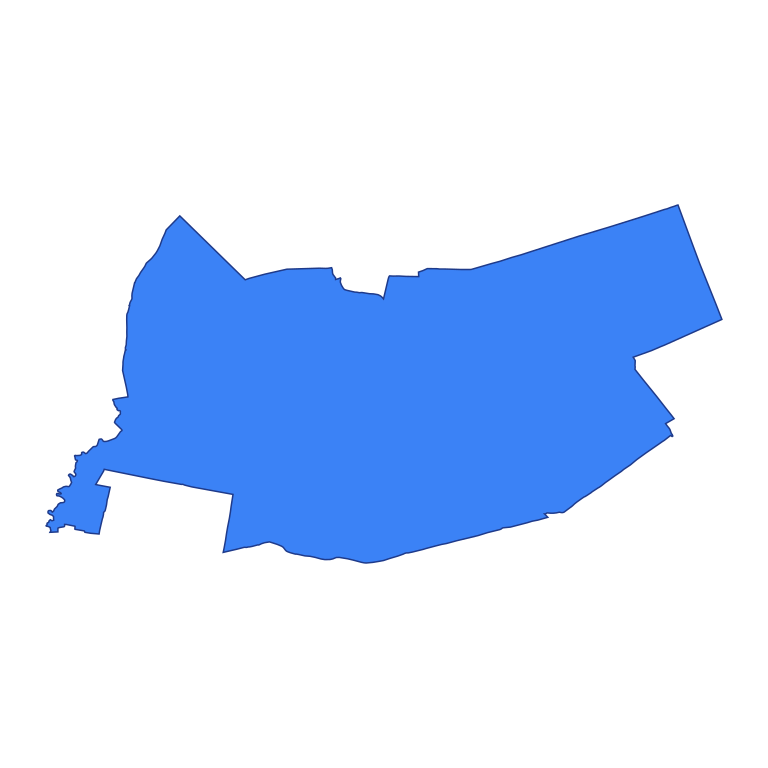 the district of Izvoarele, Olt, Romania
{"feature_id": "2599482B97268462440902", "entity_name": "Izvoarele", "entity_type": "district", "adm_level": 2, "iso_a3": "ROU", "parent_name": "Romania", "parent_adm1": "Olt", "projection": "natural_earth1", "projection_center": [24.528, 44.252], "detail": "fine", "context": "isolated", "style": "filled", "palette": "blue", "viewbox_px": 768, "rotation_deg": 0, "n_neighbors": 0, "source": "geoboundaries", "source_scale": "gbopen_adm2", "svg_char_len": 5922}
<svg xmlns="http://www.w3.org/2000/svg" viewBox="0 0 768 768"><path d="M547.8,517.3L544.5,513.9L545.6,513.8L547.1,512.9L550.6,513.2L553.2,513.2L556.2,512.9L559.4,512.2L561.4,512.6L562.7,512.6L564.0,512.2L572.4,505.9L574.5,503.9L576.6,502.2L582.2,498.2L584.3,496.8L584.8,496.7L586.8,495.5L590.9,492.8L592.1,491.8L597.9,488.0L599.2,487.3L601.4,485.8L605.5,482.5L608.5,480.4L615.0,475.7L621.3,471.4L623.7,469.4L630.4,464.9L636.9,459.5L646.3,452.7L658.5,444.3L662.2,441.7L664.4,440.3L670.5,435.5L672.1,436.5L672.8,436.0L672.3,434.8L671.9,434.1L671.4,433.6L669.9,429.4L669.1,428.2L667.0,425.6L665.6,423.6L674.1,418.7L671.5,415.3L666.4,408.9L656.8,396.6L643.1,379.7L635.3,369.8L635.0,369.4L635.2,366.9L635.0,365.8L635.2,361.4L635.2,360.6L634.9,360.0L633.2,357.2L651.5,350.6L660.8,346.6L664.3,345.2L721.9,319.4L716.2,304.8L699.6,263.4L692.0,243.0L678.0,205.0L676.8,205.3L674.2,206.3L670.7,207.4L667.1,208.8L664.3,209.5L644.4,216.0L608.1,227.4L579.4,236.0L531.9,251.3L521.1,254.8L511.9,257.4L499.9,261.3L491.7,263.5L471.4,269.4L470.2,269.5L461.1,269.5L444.2,269.0L439.6,269.0L436.8,268.7L427.3,268.6L422.9,270.6L418.5,272.1L418.7,276.6L405.9,276.4L398.7,276.0L393.2,276.1L389.6,275.9L389.2,276.3L388.7,277.3L388.1,279.4L383.5,298.9L381.8,297.0L380.6,296.0L378.3,294.8L377.6,294.6L373.6,293.9L369.4,293.7L361.9,292.5L359.4,292.7L356.8,292.2L354.8,292.1L346.8,290.3L344.6,289.6L343.9,289.0L342.9,287.7L341.5,285.3L340.4,282.5L340.3,280.9L340.6,279.9L340.8,278.6L340.3,277.9L339.0,278.5L335.6,279.5L335.5,277.7L335.0,277.2L332.9,274.3L332.5,272.7L332.3,269.7L331.6,267.7L327.8,268.3L325.7,268.4L319.3,268.2L286.8,269.2L264.7,274.2L249.1,278.4L245.2,279.8L179.8,215.9L166.2,229.9L164.9,233.4L162.2,239.2L159.9,245.8L157.2,251.0L155.8,253.2L152.0,258.0L150.7,259.3L146.5,263.0L146.0,263.8L144.9,266.2L143.8,267.9L140.6,272.4L138.9,275.5L136.5,278.7L135.5,281.0L134.9,282.7L134.6,282.7L132.1,293.3L131.9,295.9L132.0,298.4L131.8,299.2L130.1,302.4L129.9,303.2L129.5,304.8L129.1,305.6L129.6,305.8L129.2,307.3L128.6,309.7L127.9,312.1L127.0,314.0L126.8,315.4L126.7,319.6L126.9,327.5L126.8,332.0L126.9,336.4L126.4,340.9L126.2,344.9L125.4,347.5L125.4,349.9L125.9,350.0L125.7,350.3L125.2,350.7L124.4,354.3L123.9,356.1L123.5,358.8L123.2,360.5L123.0,362.1L123.0,364.2L122.6,370.5L126.3,387.1L127.6,393.9L127.8,395.2L127.9,396.9L118.5,398.3L112.9,399.5L112.9,400.4L113.8,401.7L114.2,404.0L114.5,404.8L116.1,407.3L117.2,408.3L117.0,408.8L117.0,409.3L117.1,409.7L118.4,410.7L119.2,410.6L119.8,410.7L120.3,411.1L120.4,411.4L120.3,412.4L120.4,413.8L120.2,414.3L118.7,415.6L118.0,417.1L117.5,417.6L116.6,418.1L116.2,418.6L115.4,419.9L114.9,421.3L114.5,422.2L115.1,423.2L121.3,429.2L122.0,430.1L121.9,430.6L120.5,431.6L116.8,436.8L115.7,437.9L114.4,438.6L108.3,440.9L106.4,441.4L104.7,441.5L103.6,441.4L103.2,441.1L102.3,439.8L101.8,439.3L101.4,439.0L100.8,439.0L99.2,439.3L99.0,439.7L97.6,444.1L97.3,445.0L96.7,445.8L95.6,446.5L93.6,446.6L93.0,446.9L92.5,447.4L88.6,451.2L87.3,452.8L86.7,453.3L85.8,453.6L85.4,453.5L84.0,452.4L83.3,452.1L82.5,452.2L81.9,452.4L81.6,452.8L81.6,453.4L81.7,453.9L81.4,454.6L80.8,455.0L79.7,455.4L76.3,455.6L75.6,455.4L74.9,455.5L74.6,455.8L74.7,456.5L75.0,457.1L75.1,458.2L75.5,459.8L76.1,460.1L77.2,460.3L77.4,460.5L77.2,461.4L77.0,461.8L76.0,462.7L75.5,465.3L75.4,466.7L75.6,468.1L75.2,469.0L74.6,470.2L74.1,471.4L74.3,472.1L75.6,473.7L75.8,474.3L75.8,475.0L75.1,476.2L74.2,476.6L73.4,476.6L72.9,475.6L70.5,474.1L70.0,474.1L69.4,474.2L68.6,475.0L68.5,475.3L68.7,475.7L69.6,476.7L70.1,477.5L70.4,478.1L70.8,480.2L71.6,482.4L70.8,484.1L69.7,485.8L69.3,486.4L68.7,486.6L66.1,486.3L63.8,486.8L62.7,487.4L61.9,488.0L59.8,488.9L57.8,490.0L57.7,490.4L57.8,491.1L58.3,491.6L58.9,492.0L59.9,492.3L60.6,492.8L61.0,493.2L61.2,493.6L61.0,493.9L60.5,494.0L59.8,494.0L57.6,493.5L57.0,493.5L56.7,493.8L56.5,494.4L56.6,495.1L56.8,495.6L57.1,495.8L57.8,495.9L58.5,495.9L59.6,496.2L61.6,497.2L62.9,498.1L64.4,499.6L64.7,500.1L64.7,500.7L64.6,501.5L64.3,502.0L63.7,502.4L62.8,502.6L60.4,502.8L58.4,504.1L57.9,504.8L57.2,506.4L54.5,509.0L53.6,511.1L53.0,511.5L52.6,512.0L52.3,512.1L52.0,511.9L51.7,511.2L50.8,510.5L49.4,510.5L48.7,510.6L48.4,510.9L48.1,511.2L48.0,511.8L48.0,512.9L49.9,514.4L51.9,515.1L52.7,515.6L53.6,516.8L53.5,518.1L53.7,519.9L53.7,520.2L53.4,520.3L52.2,520.7L51.8,520.7L50.4,519.7L50.2,519.8L49.0,521.0L48.8,522.0L48.5,522.4L47.3,523.0L47.1,523.3L47.0,523.7L47.1,524.5L46.5,525.4L46.2,525.5L46.1,525.8L46.3,526.1L48.3,526.5L50.2,527.5L50.3,527.8L50.3,528.6L50.9,530.6L50.0,532.3L57.9,531.9L57.9,529.2L57.9,528.5L58.1,528.0L59.6,527.5L62.6,527.0L63.7,526.8L64.2,526.6L64.6,526.0L64.6,524.4L66.5,524.5L74.9,526.2L75.1,526.5L74.9,527.9L74.9,528.9L75.0,529.3L84.2,530.9L84.5,531.3L84.9,532.3L90.8,533.3L99.1,534.0L99.6,530.7L100.9,525.0L102.3,519.0L103.0,516.9L103.5,514.3L103.6,512.4L104.9,511.1L105.3,510.1L106.5,504.9L107.2,499.7L108.1,496.8L110.2,487.3L98.4,485.1L95.7,484.5L103.6,471.1L104.2,469.3L149.7,478.5L164.0,481.3L181.4,484.4L182.8,484.3L184.7,485.1L191.8,486.9L233.0,494.4L231.1,506.6L230.4,512.0L229.4,518.2L227.6,527.2L226.5,533.7L225.5,540.5L224.0,548.6L223.2,552.4L236.9,549.2L244.3,547.3L246.6,547.4L248.1,547.0L249.7,546.9L252.2,546.4L257.8,544.9L258.8,545.0L261.5,543.7L264.6,542.7L269.5,541.9L271.1,542.4L277.3,544.4L281.6,546.2L282.8,547.0L283.4,547.5L285.4,550.1L286.4,551.1L287.8,551.8L290.6,552.8L295.3,554.1L296.5,554.1L298.7,554.5L305.0,555.9L310.1,556.3L315.3,557.4L321.1,559.0L324.9,559.6L330.0,559.5L332.8,558.9L336.2,557.5L339.2,557.4L347.7,558.8L352.8,560.0L361.4,562.3L363.9,562.8L366.1,563.0L372.7,562.4L378.8,561.4L383.6,560.5L389.9,558.4L397.7,556.1L403.3,554.1L404.7,553.4L406.0,553.0L406.6,552.9L408.2,552.9L412.2,552.1L423.1,549.4L426.0,548.5L435.4,546.0L441.7,544.4L446.5,543.5L456.8,540.7L478.0,535.6L487.6,532.6L499.8,529.6L501.2,529.0L502.3,528.1L503.1,527.8L510.4,527.1L527.3,522.7L532.2,521.2L537.9,520.1L547.8,517.3Z" fill="#3b82f6" stroke="#1e3a8a" stroke-width="1.5"/></svg>